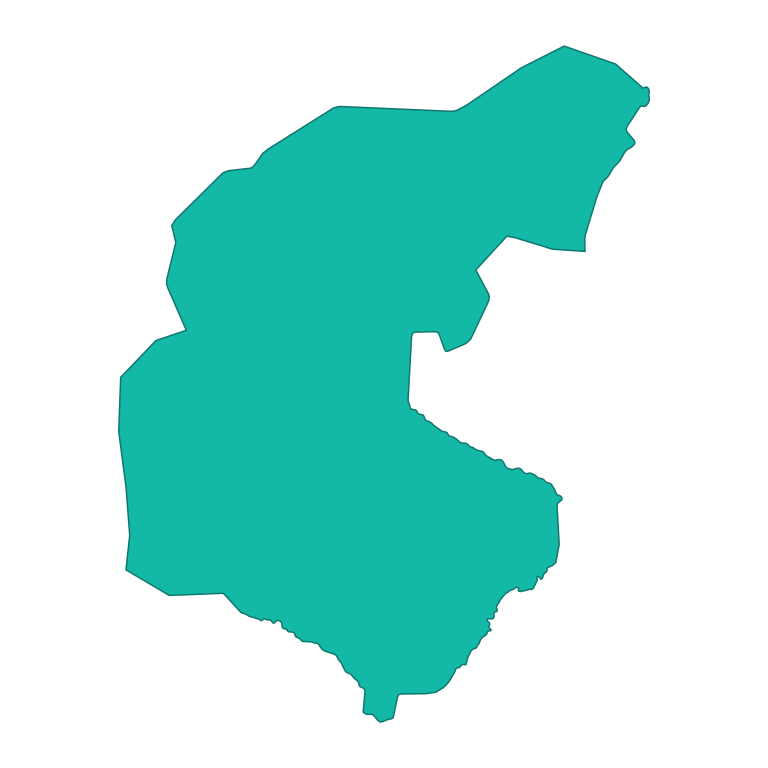 the Prefecture of Guéra
{"feature_id": "TCD-1474", "entity_name": "Guéra", "entity_type": "Prefecture", "adm_level": 1, "iso_a3": "TCD", "parent_name": "Chad", "parent_adm1": "", "projection": "natural_earth1", "projection_center": [19.056, 11.461], "detail": "fine", "context": "isolated", "style": "filled", "palette": "teal", "viewbox_px": 768, "rotation_deg": 0, "n_neighbors": 0, "source": "natural_earth", "source_scale": "10m", "svg_char_len": 5805}
<svg xmlns="http://www.w3.org/2000/svg" viewBox="0 0 768 768"><path d="M120.7,377.3L156.0,340.5L186.3,330.3L167.8,287.9L166.6,284.1L166.7,280.9L167.1,277.9L175.8,242.5L174.5,236.9L171.8,225.6L175.4,219.8L222.8,173.0L226.1,171.5L229.1,170.6L249.7,168.3L252.0,167.6L254.5,165.2L262.8,153.3L268.1,149.1L333.5,108.0L337.2,106.9L340.3,106.5L450.8,111.3L453.5,111.2L456.5,110.5L466.4,105.3L521.5,67.7L564.1,46.1L615.7,64.1L642.3,87.5L643.2,88.0L644.1,87.8L645.7,87.1L646.5,87.0L647.2,87.4L647.9,88.0L648.5,88.7L648.9,90.0L649.2,91.6L648.9,94.7L649.3,99.4L649.0,101.0L648.3,102.8L646.4,105.5L645.0,106.2L643.7,106.4L642.6,106.1L641.7,105.9L640.7,106.1L639.8,107.1L627.5,125.7L626.4,128.2L626.3,129.9L626.7,131.1L627.7,132.9L633.5,139.5L634.5,141.2L634.8,142.0L634.9,142.8L634.6,143.8L633.9,144.9L631.1,147.4L628.3,148.8L627.5,149.3L626.8,150.0L625.4,151.4L624.3,153.0L619.8,160.8L613.0,168.2L608.8,175.4L607.5,177.1L606.4,178.3L605.6,178.8L604.9,179.5L604.2,180.2L603.1,181.8L602.2,183.5L596.8,197.1L585.2,235.3L584.8,239.5L585.0,251.4L552.6,249.2L515.1,237.7L506.8,236.2L475.8,270.0L488.3,293.5L489.4,296.8L488.9,299.8L487.9,302.7L470.7,339.0L467.9,341.8L465.4,343.7L449.4,350.6L447.2,351.3L445.6,351.1L444.4,349.2L439.4,334.9L438.2,332.8L436.5,332.0L435.3,331.7L415.4,332.1L412.9,332.9L412.0,335.1L411.5,337.7L408.1,399.3L408.2,401.2L408.5,402.5L409.5,404.5L409.8,405.8L410.1,407.6L410.6,408.6L411.5,409.2L415.0,409.8L415.9,410.2L416.7,410.9L417.2,411.8L417.6,412.8L418.1,413.6L418.8,414.2L419.8,414.4L422.0,414.6L423.0,415.0L423.6,415.7L424.1,416.6L424.8,418.6L425.3,419.5L425.9,420.2L426.8,420.8L427.7,421.2L428.7,421.5L430.6,422.4L431.4,423.0L434.1,425.7L441.5,430.9L442.3,431.3L445.6,432.0L446.6,432.3L447.3,433.0L447.8,433.9L448.2,434.9L448.8,435.6L449.7,436.1L452.9,437.0L453.8,437.4L456.3,439.0L459.9,442.2L460.7,442.8L461.8,443.0L465.1,443.2L466.1,443.4L467.1,443.8L467.8,444.5L468.4,445.2L469.0,445.9L470.8,446.9L473.8,448.0L476.1,449.8L477.1,450.2L478.1,450.5L481.5,451.2L482.5,451.6L483.3,452.1L484.0,452.8L485.7,455.2L486.4,455.8L493.4,459.8L494.3,460.2L495.4,460.3L498.4,459.6L499.5,459.5L500.5,459.7L501.5,460.1L502.3,460.7L502.9,461.4L503.5,462.3L505.4,466.0L505.9,466.9L506.6,467.6L507.4,468.2L508.3,468.6L510.4,469.2L512.7,469.5L513.8,469.3L516.8,468.4L517.8,468.2L518.8,468.2L519.8,468.5L520.6,469.0L521.4,469.7L523.2,471.9L523.9,472.6L524.8,473.1L525.6,473.5L526.5,473.7L527.1,473.6L528.7,473.2L529.8,473.1L530.8,473.1L531.7,473.5L533.5,474.5L534.5,474.9L536.0,476.1L536.7,476.7L537.4,477.3L538.3,477.8L539.3,478.2L541.6,478.6L542.6,479.0L543.5,479.5L544.2,480.1L545.3,481.7L545.5,481.8L547.2,482.6L549.4,483.2L550.3,483.6L551.1,484.1L551.7,484.9L554.4,489.2L555.5,492.0L556.3,493.5L557.1,494.6L558.0,495.1L559.1,495.4L560.2,495.9L561.2,496.7L562.0,498.2L562.0,499.2L561.5,500.0L558.6,502.5L557.3,503.8L557.1,507.6L559.2,544.3L555.8,562.6L552.4,565.6L547.8,567.5L547.0,568.4L546.9,569.3L547.1,570.3L546.6,571.6L545.1,572.8L544.2,573.7L543.5,574.9L542.4,578.3L541.5,579.0L540.8,579.1L540.2,578.4L539.6,577.5L538.9,576.8L537.5,576.6L537.0,577.3L537.0,578.1L537.2,579.2L537.2,580.4L533.1,588.7L532.1,589.2L530.8,589.4L529.4,589.3L525.0,590.7L523.2,590.9L520.5,591.5L519.1,591.3L518.4,590.6L518.5,589.6L518.5,588.6L518.5,587.8L518.2,587.6L517.7,587.4L516.5,587.3L515.3,587.9L513.8,589.1L512.4,589.7L510.6,590.3L509.3,591.0L507.7,592.4L506.1,593.1L504.9,594.3L501.9,597.7L500.0,600.5L499.2,602.2L497.3,604.8L496.6,606.4L496.5,607.7L497.2,609.8L497.1,611.0L496.4,611.7L495.2,611.9L494.4,612.5L494.0,613.3L493.9,614.3L494.0,615.4L494.0,616.6L493.6,618.0L492.7,618.6L491.8,618.9L489.4,618.7L487.9,618.9L487.2,619.7L487.2,620.6L487.7,621.3L488.5,621.9L489.2,622.6L489.6,623.5L489.6,624.7L489.1,626.0L488.8,627.0L489.0,627.8L490.6,629.1L491.1,630.1L490.6,630.7L489.7,630.9L488.7,631.0L487.5,631.4L487.2,632.3L486.9,633.6L486.1,634.7L484.9,635.7L482.6,637.3L481.5,638.4L480.6,639.7L479.9,641.2L479.0,643.6L477.5,645.3L476.9,647.1L476.1,647.9L475.1,648.5L473.8,648.8L472.1,649.7L471.2,650.7L470.6,651.7L467.4,658.4L466.7,662.0L465.9,664.5L465.2,664.8L464.7,664.7L464.2,664.3L463.2,664.4L461.7,665.0L459.9,667.0L458.7,667.8L457.8,667.8L457.0,667.7L456.4,668.2L455.8,669.0L455.1,671.1L453.9,673.5L452.9,675.1L450.5,679.3L447.7,683.3L445.0,686.1L442.8,688.0L435.8,692.2L425.7,693.7L400.9,694.0L398.7,694.8L397.5,697.0L393.5,716.4L392.8,718.1L391.7,718.7L386.7,719.9L383.0,721.5L381.0,721.9L379.6,721.8L377.4,719.9L373.7,715.4L372.9,714.8L371.8,714.4L370.4,714.3L368.5,714.4L367.1,714.3L366.0,714.0L364.2,713.0L363.6,712.5L363.2,712.1L363.2,711.6L364.9,693.3L364.9,691.5L364.8,690.3L364.5,689.3L363.8,688.5L363.0,688.0L361.1,687.2L360.2,686.7L359.6,686.0L359.1,685.0L358.6,682.8L358.2,681.8L357.7,681.0L355.3,679.3L354.6,678.7L350.8,674.2L350.0,673.7L349.0,673.3L348.0,673.0L347.0,672.6L346.2,672.1L345.1,670.8L342.7,666.0L341.5,663.1L340.9,662.3L339.5,660.9L338.3,659.4L337.0,656.6L336.5,655.7L335.8,655.1L335.1,654.5L325.2,651.2L323.4,650.3L322.0,649.1L320.7,647.5L318.6,644.2L317.7,643.6L316.5,643.2L314.6,643.0L310.8,641.8L303.2,641.5L302.2,641.2L301.4,640.6L300.7,639.8L300.0,638.7L296.3,637.0L295.6,636.3L295.1,635.5L294.5,633.3L293.8,632.5L292.7,632.1L289.1,631.9L288.0,631.4L286.8,629.9L286.0,629.2L284.4,628.8L283.4,628.4L282.5,627.7L282.2,626.7L281.9,624.2L281.7,623.1L281.2,622.2L280.4,621.3L279.4,620.8L277.8,620.3L276.8,620.6L276.0,621.4L275.3,622.2L274.3,623.0L273.4,623.1L272.6,622.7L271.4,620.9L270.4,620.2L266.7,619.6L265.4,619.2L264.3,618.7L263.5,619.0L261.9,620.6L261.1,620.7L260.4,620.2L259.6,619.5L258.7,619.0L257.1,618.7L252.8,617.2L250.0,616.6L249.0,616.2L246.5,614.6L244.7,613.7L242.6,613.1L241.5,612.7L240.4,611.9L225.1,595.1L223.9,594.0L222.6,593.3L169.2,595.4L126.0,569.9L129.7,535.3L126.1,487.7L118.7,431.4L120.7,377.3Z" fill="#14b8a6" stroke="#0f766e" stroke-width="1.5"/></svg>